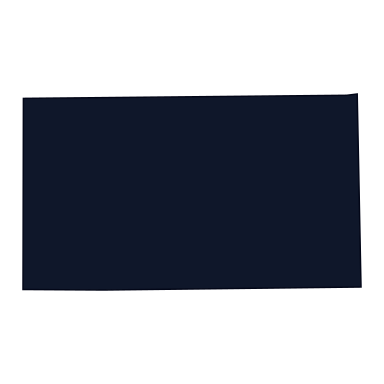 outline of Cumberland, Illinois, United States of America
{"feature_id": "52423323B3228002830897", "entity_name": "Cumberland", "entity_type": "district", "adm_level": 2, "iso_a3": "USA", "parent_name": "United States of America", "parent_adm1": "Illinois", "projection": "albers", "projection_center": [-88.294, 39.275], "detail": "fine", "context": "isolated", "style": "filled", "palette": "ink", "viewbox_px": 384, "rotation_deg": 0, "n_neighbors": 0, "source": "geoboundaries", "source_scale": "gbopen_adm2", "svg_char_len": 233}
<svg xmlns="http://www.w3.org/2000/svg" viewBox="0 0 384 384"><path d="M103.5,290.0L361.0,287.0L357.2,94.0L346.7,95.3L23.4,98.4L23.1,248.5L23.0,289.5L25.6,289.5L103.5,290.0Z" fill="#0f172a" stroke="#020617" stroke-width="1.5"/></svg>